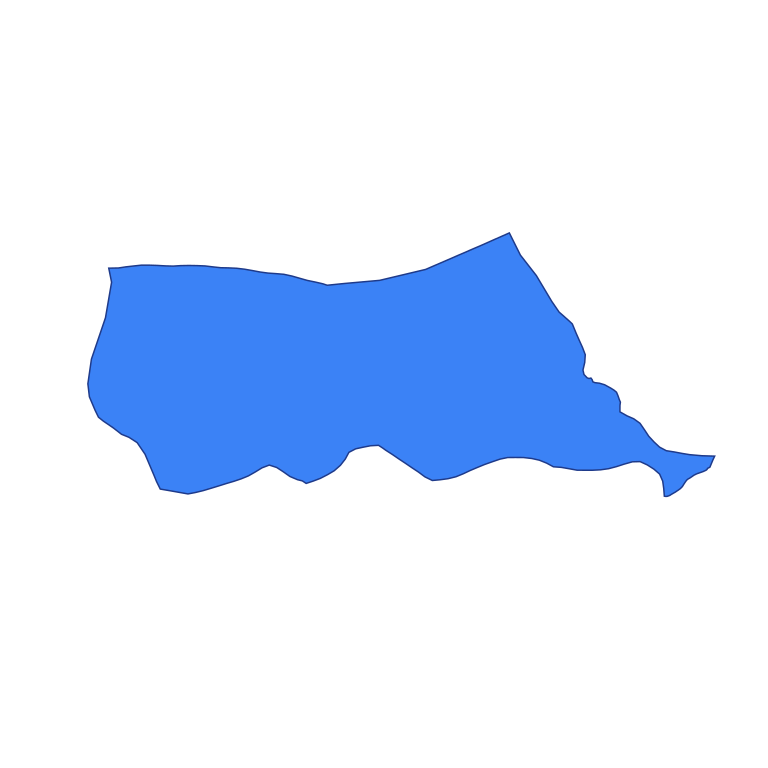 Al Malah, Lahij, Yemen (Mercator projection), rotated 157°
{"feature_id": "15242507B86745983179930", "entity_name": "Al Malah", "entity_type": "district", "adm_level": 2, "iso_a3": "YEM", "parent_name": "Yemen", "parent_adm1": "Lahij", "projection": "mercator", "projection_center": [44.861, 13.381], "detail": "fine", "context": "isolated", "style": "filled", "palette": "blue", "viewbox_px": 768, "rotation_deg": 157, "n_neighbors": 0, "source": "geoboundaries", "source_scale": "gbopen_adm2", "svg_char_len": 2787}
<svg xmlns="http://www.w3.org/2000/svg" viewBox="0 0 768 768"><g transform="rotate(157 384 384)"><path d="M631.0,374.7L622.6,369.3L607.4,359.4L600.0,357.8L592.1,356.5L584.0,355.6L576.4,354.8L568.1,354.0L560.3,353.1L552.5,352.5L544.8,352.4L537.0,353.3L529.0,354.5L521.3,354.2L515.4,349.1L511.1,342.7L506.7,335.6L501.0,329.7L497.0,326.7L494.5,322.9L487.3,322.3L479.5,322.0L471.4,322.6L463.7,323.6L455.9,326.2L449.0,330.0L443.0,334.8L435.4,335.4L428.0,334.0L420.5,332.4L413.0,329.7L410.3,325.7L408.3,322.4L403.8,315.8L399.4,308.9L395.1,302.4L391.0,296.0L386.7,289.5L382.6,282.5L377.2,276.3L369.7,273.9L362.0,271.8L354.0,270.5L346.1,270.4L338.5,270.7L330.6,270.7L322.9,270.6L314.6,270.1L306.5,269.5L298.9,268.0L291.7,265.0L284.3,261.8L277.1,257.7L270.8,253.2L265.2,247.6L260.4,241.6L253.4,238.0L246.6,233.6L239.9,229.2L232.7,226.1L225.6,223.1L218.2,220.4L210.4,218.3L202.2,217.1L194.2,216.4L185.7,215.3L178.6,212.5L173.3,206.7L168.9,200.3L165.5,193.4L165.4,185.7L167.4,178.3L169.8,171.2L168.7,170.5L167.5,170.0L166.7,169.9L165.5,169.8L164.3,169.8L162.3,170.2L161.8,170.2L160.4,170.4L159.6,170.5L158.4,170.6L157.4,170.8L155.9,171.1L154.7,171.3L153.1,171.7L152.0,171.9L150.7,172.5L149.6,172.9L148.7,173.5L147.6,174.3L146.4,175.1L145.2,175.9L144.2,176.5L143.2,177.1L141.9,177.6L140.7,177.8L139.5,177.9L137.9,178.2L134.0,179.0L133.0,179.0L132.5,179.1L131.2,179.1L129.9,179.1L129.7,179.0L129.2,179.0L126.0,178.8L124.5,178.7L121.3,178.8L120.1,179.1L119.6,179.5L119.2,179.9L117.5,180.0L116.5,180.1L110.9,185.6L107.8,188.4L119.3,193.7L130.2,199.5L136.7,203.6L143.3,208.0L150.2,212.3L155.0,218.2L158.1,225.2L160.7,232.4L162.1,240.0L163.7,247.8L167.7,254.4L172.9,259.9L177.7,266.2L175.1,272.2L173.5,274.9L173.5,277.6L173.2,281.9L173.2,285.6L174.7,288.5L177.0,291.8L177.9,292.9L181.2,297.1L185.3,300.5L189.3,302.8L190.9,304.4L190.7,306.6L191.2,308.6L193.2,309.0L194.6,310.3L196.2,314.6L195.4,319.1L190.8,325.4L187.3,332.3L187.0,339.9L187.2,348.0L187.3,355.9L187.2,364.1L187.2,365.7L188.8,369.4L193.8,379.9L194.7,381.7L197.3,394.5L201.4,424.3L208.1,449.4L209.6,474.1L224.1,473.9L242.3,473.6L248.6,473.6L300.9,473.2L347.5,481.1L381.2,492.0L397.7,497.1L401.1,500.1L407.3,504.6L414.1,509.3L420.2,514.2L426.5,519.3L433.3,524.1L440.5,527.9L447.4,531.4L454.3,535.5L460.6,539.7L467.4,544.1L474.4,548.1L481.9,551.7L488.8,554.8L495.8,558.7L502.6,562.6L509.8,566.0L517.2,569.3L524.9,572.4L532.0,574.9L539.0,578.1L546.5,581.8L553.4,585.0L560.9,588.2L568.5,590.5L575.9,592.7L583.3,594.6L583.7,594.8L590.7,597.6L592.1,598.2L595.0,584.1L614.5,553.8L643.6,521.2L656.5,499.9L660.2,487.3L660.2,479.3L660.2,472.6L659.8,465.0L656.9,459.6L650.3,449.3L645.3,440.3L639.7,434.7L634.8,427.5L634.1,426.4L631.4,412.7L631.4,402.7L631.4,389.4L631.5,383.1L631.0,374.7Z" fill="#3b82f6" stroke="#1e3a8a" stroke-width="1.5"/></g></svg>